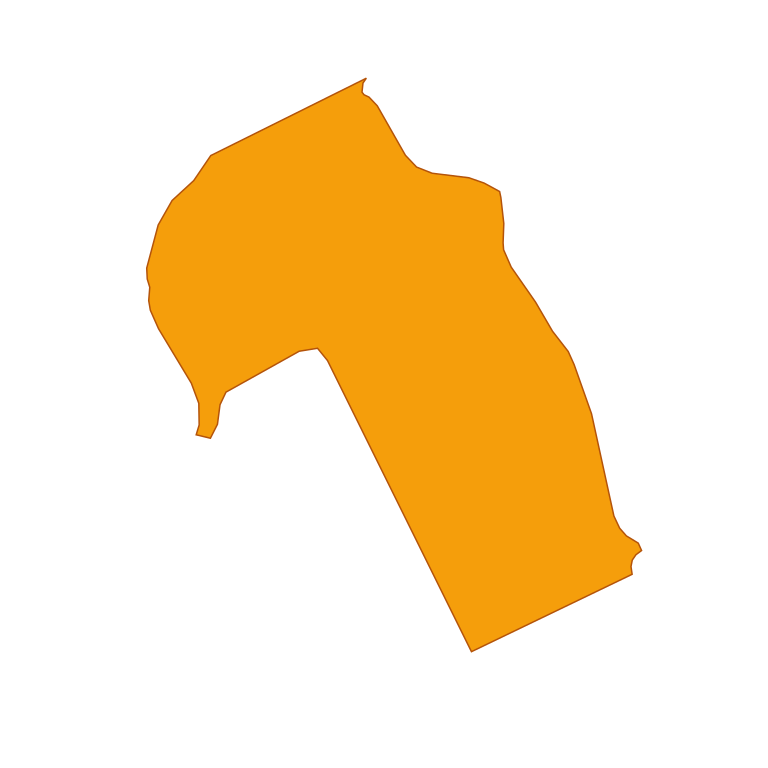 an SVG outline of Davao, rotated 153°
{"feature_id": "PHL-5528", "entity_name": "Davao", "entity_type": "Highly Urbanized City", "adm_level": 1, "iso_a3": "PHL", "parent_name": "Philippines", "parent_adm1": "", "projection": "natural_earth1", "projection_center": [125.415, 7.306], "detail": "fine", "context": "isolated", "style": "filled", "palette": "amber", "viewbox_px": 768, "rotation_deg": 153, "n_neighbors": 0, "source": "natural_earth", "source_scale": "10m", "svg_char_len": 843}
<svg xmlns="http://www.w3.org/2000/svg" viewBox="0 0 768 768"><g transform="rotate(153 384 384)"><path d="M574.4,424.0L567.3,431.4L557.8,450.8L555.3,472.2L559.8,535.6L558.7,555.8L555.8,565.1L548.8,576.5L547.3,585.0L542.8,595.0L513.0,628.2L489.5,643.7L461.2,651.6L434.6,666.2L260.9,664.5L265.9,661.8L266.1,661.7L271.1,654.0L270.5,650.8L267.1,646.4L263.7,634.9L261.1,578.1L256.5,562.5L245.4,549.9L214.7,529.2L203.6,517.6L193.6,503.0L195.2,497.1L204.4,472.6L213.8,455.7L216.5,449.3L217.6,430.4L211.8,388.1L209.9,354.5L205.1,329.3L205.8,314.9L212.6,263.3L239.1,162.0L239.5,148.5L237.0,138.6L229.7,126.8L230.1,118.7L237.0,117.5L242.7,114.4L242.8,114.3L246.8,109.2L249.3,101.8L427.6,105.8L423.7,430.5L427.0,446.0L444.7,451.7L528.5,448.5L539.5,440.0L550.7,423.7L563.3,414.5L574.4,424.0Z" fill="#f59e0b" stroke="#b45309" stroke-width="1.5"/></g></svg>